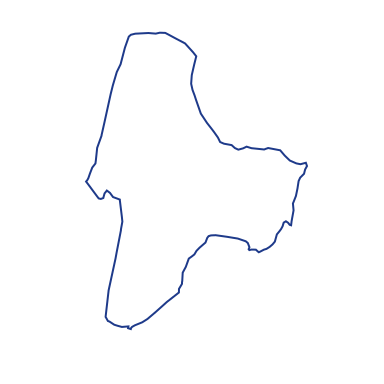 the district of Chedepo, River Gee, Liberia, rotated 284°
{"feature_id": "62588387B99879349198662", "entity_name": "Chedepo", "entity_type": "district", "adm_level": 2, "iso_a3": "LBR", "parent_name": "Liberia", "parent_adm1": "River Gee", "projection": "robinson", "projection_center": [-8.027, 5.46], "detail": "fine", "context": "isolated", "style": "outline", "palette": "blue", "viewbox_px": 384, "rotation_deg": 284, "n_neighbors": 0, "source": "geoboundaries", "source_scale": "gbopen_adm2", "svg_char_len": 2146}
<svg xmlns="http://www.w3.org/2000/svg" viewBox="0 0 384 384"><g transform="rotate(284 192 192)"><path d="M149.7,271.4L150.5,272.4L153.5,275.8L154.8,278.0L157.5,280.6L160.6,282.8L163.9,284.4L171.4,284.6L175.2,286.4L177.6,287.4L180.7,288.2L183.0,288.3L184.5,288.4L186.0,289.9L186.3,290.2L185.4,292.7L183.8,294.7L183.7,296.2L187.8,295.7L198.7,295.0L205.3,292.7L207.2,293.0L213.3,293.8L220.8,293.5L228.4,292.8L232.1,293.5L236.8,296.3L241.2,296.3L245.0,297.3L247.9,295.4L245.2,290.5L245.0,286.3L246.2,279.3L248.4,275.5L249.8,273.1L253.8,267.5L253.1,255.2L252.3,254.1L252.1,253.7L250.7,251.7L250.6,250.9L248.9,239.1L249.2,234.0L246.7,231.0L244.3,226.7L245.0,223.0L247.1,219.1L246.6,211.3L247.3,207.2L251.1,204.0L255.5,198.9L258.4,195.3L262.6,189.9L270.2,181.6L282.4,173.6L286.4,171.1L291.2,167.8L296.8,165.0L305.4,163.5L316.3,163.3L324.7,163.3L327.8,159.3L334.5,149.3L337.1,138.7L339.1,130.9L339.7,128.4L339.9,127.6L338.8,122.3L336.9,118.5L335.7,111.2L331.9,98.7L331.5,97.9L329.8,94.7L327.5,93.1L315.7,92.0L298.7,91.8L290.2,90.0L276.3,89.4L273.6,89.4L267.5,89.4L238.6,90.2L225.3,90.5L224.7,90.6L211.9,89.3L207.7,89.9L199.1,91.1L196.3,91.4L191.6,89.3L185.1,88.5L180.5,88.1L178.4,87.6L176.5,86.7L174.5,89.2L164.7,101.1L163.2,103.0L163.2,105.2L164.7,107.4L165.8,107.4L166.4,107.4L169.5,107.5L171.4,108.4L172.8,109.0L172.2,110.5L171.3,112.6L168.0,116.6L167.2,123.8L166.5,124.0L151.1,129.9L146.4,131.6L138.6,132.1L137.6,132.3L115.0,133.5L108.8,133.9L76.3,134.9L75.6,135.0L50.5,138.3L49.9,138.4L49.4,138.9L46.5,141.6L46.3,143.3L44.4,148.7L44.2,152.2L44.1,156.6L46.2,162.8L44.4,162.9L44.2,165.8L45.2,165.8L46.5,166.4L47.5,167.4L48.9,168.9L53.5,175.2L58.0,179.5L67.1,186.0L79.2,194.2L91.3,203.6L93.6,203.1L94.8,202.8L98.7,204.0L100.5,204.5L102.2,204.1L103.1,204.1L111.5,202.5L114.7,203.3L117.8,204.1L119.7,204.3L126.6,205.0L129.3,207.3L130.7,208.4L132.0,209.4L136.0,210.6L139.8,212.8L146.2,217.3L151.2,217.9L153.2,218.8L153.7,219.7L153.9,219.9L154.5,221.0L155.8,225.4L157.0,236.8L157.9,247.7L157.2,256.1L156.0,258.5L152.3,261.1L150.2,260.8L149.5,261.7L150.5,263.5L151.5,267.9L150.1,270.5L149.7,271.4Z" fill="none" stroke="#1e3a8a" stroke-width="2"/></g></svg>